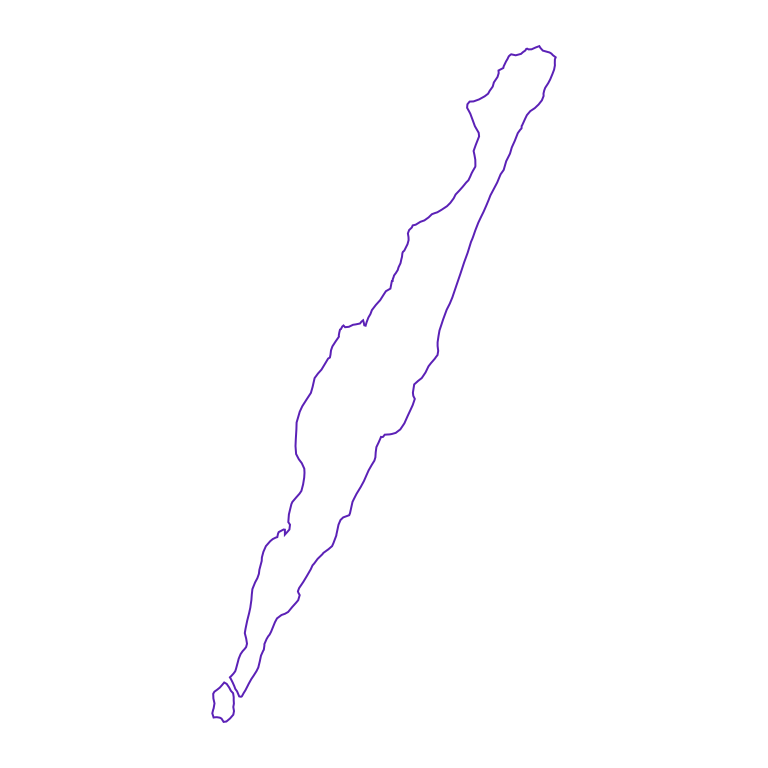 Sainte Marie, Analanjirofo, Madagascar
{"feature_id": "10022922B25342620887316", "entity_name": "Sainte Marie", "entity_type": "district", "adm_level": 2, "iso_a3": "MDG", "parent_name": "Madagascar", "parent_adm1": "Analanjirofo", "projection": "orthographic", "projection_center": [49.903, -16.911], "detail": "fine", "context": "isolated", "style": "outline", "palette": "violet", "viewbox_px": 768, "rotation_deg": 0, "n_neighbors": 0, "source": "geoboundaries", "source_scale": "gbopen_adm2", "svg_char_len": 4808}
<svg xmlns="http://www.w3.org/2000/svg" viewBox="0 0 768 768"><path d="M540.4,47.9L539.3,46.1L535.6,47.5L531.6,49.3L528.5,49.4L527.3,48.7L526.3,48.9L525.3,50.5L522.9,52.2L521.0,53.9L515.7,55.3L511.2,54.3L510.1,55.1L508.8,56.3L508.1,57.7L507.6,58.8L506.0,61.5L505.1,63.4L503.7,66.3L503.3,68.0L498.5,70.5L498.7,73.1L497.5,77.0L493.8,82.5L493.7,83.1L492.7,86.6L489.7,90.8L488.1,93.7L484.7,96.3L479.1,99.4L473.6,101.4L469.6,101.6L467.4,104.3L467.1,107.8L469.0,111.2L470.3,113.7L472.6,119.9L474.9,126.2L478.7,132.8L479.1,136.4L475.8,144.8L473.6,151.0L474.4,154.7L475.3,159.8L475.4,165.5L475.3,166.7L474.1,168.8L473.1,170.5L471.6,173.3L470.2,176.6L468.4,180.3L466.2,182.5L462.6,186.9L459.4,190.5L455.6,194.5L453.7,198.3L450.3,202.9L447.0,206.2L440.9,210.2L437.3,212.3L434.8,213.1L431.9,214.2L428.6,217.4L424.4,220.4L420.4,221.8L415.7,224.7L412.7,225.4L411.8,227.5L409.1,230.1L407.9,233.4L408.5,237.1L408.6,240.1L407.5,244.2L404.3,250.6L402.9,251.9L402.4,253.2L402.0,256.8L401.3,259.5L400.5,263.2L399.1,266.1L398.5,267.4L397.7,270.1L396.6,271.8L395.9,273.0L394.9,274.3L394.0,275.6L393.6,277.1L392.8,279.1L392.6,281.0L391.9,281.0L391.6,282.4L390.4,288.6L385.9,291.2L383.8,294.4L380.2,300.1L375.8,305.0L371.9,310.1L370.4,314.1L368.4,317.5L366.6,322.2L365.6,325.7L364.3,325.3L363.8,322.7L363.1,320.3L361.4,321.7L360.0,323.5L355.7,324.4L353.0,324.8L348.9,326.8L345.1,327.2L343.5,325.5L342.3,326.5L340.9,329.1L340.0,329.6L339.3,332.5L339.0,334.2L338.8,335.2L338.9,336.7L335.7,341.3L332.4,346.4L331.0,350.4L330.5,354.6L329.9,357.5L328.1,358.6L325.0,363.8L321.5,369.6L318.0,373.5L314.6,378.1L312.6,386.9L310.9,392.9L306.7,399.3L302.3,406.2L299.7,411.8L299.2,413.6L296.6,422.5L296.4,429.3L295.8,439.2L295.5,446.1L296.1,454.0L298.8,459.2L301.8,463.2L304.3,468.7L304.5,472.8L304.2,477.6L303.1,484.4L301.4,490.9L299.5,493.7L296.4,497.2L292.4,501.9L291.4,504.1L290.3,508.6L288.9,514.4L288.3,522.1L290.0,524.7L289.4,529.5L286.9,532.4L284.9,534.6L284.9,530.6L284.9,529.7L283.6,529.5L281.7,530.5L278.7,532.1L278.0,533.8L277.3,537.1L275.7,537.6L272.7,539.1L270.2,541.2L265.9,546.1L263.4,551.8L261.9,557.4L261.7,561.0L259.4,569.7L258.9,573.8L257.4,578.1L255.1,582.4L252.4,589.1L251.8,594.5L251.4,600.0L250.7,604.8L250.3,607.7L249.1,613.2L247.2,620.7L245.5,628.9L244.8,633.1L246.2,638.7L247.0,643.7L246.1,647.1L244.6,649.0L242.6,651.2L240.6,654.1L238.7,658.7L237.8,662.2L236.8,665.9L236.0,668.9L235.2,671.3L233.4,673.7L231.4,675.9L229.9,677.3L230.9,679.0L232.8,682.8L234.3,686.2L235.3,688.9L237.1,691.4L239.2,696.4L240.5,696.7L241.5,696.6L242.0,696.1L243.7,693.0L245.4,690.3L247.6,686.0L248.7,683.8L251.3,679.1L253.6,675.7L256.5,671.1L258.3,667.5L259.8,661.3L261.0,655.6L263.3,650.5L263.8,649.8L264.4,645.6L264.4,644.1L266.6,639.0L268.2,636.3L269.6,634.6L271.1,631.7L274.3,623.8L275.0,622.1L277.0,618.4L281.5,615.0L284.9,613.8L288.1,612.0L292.4,606.8L296.1,602.7L298.2,600.2L299.7,595.1L298.4,592.8L297.9,591.3L299.1,588.1L303.3,581.9L306.8,576.1L310.8,569.2L312.5,565.4L314.2,563.5L317.6,558.9L322.6,554.0L323.0,553.4L323.4,552.9L328.5,549.2L332.1,546.1L333.4,543.2L336.3,535.5L336.4,534.6L337.2,530.9L338.5,524.7L340.5,520.0L343.2,517.4L349.2,515.2L350.0,513.2L352.5,501.9L353.9,499.0L356.5,493.9L360.7,487.0L363.9,481.1L366.4,475.4L368.6,470.4L371.8,464.8L374.4,460.6L375.4,457.3L375.7,452.4L376.4,447.1L378.7,442.3L380.2,438.9L381.0,436.9L381.8,437.1L383.1,436.8L383.8,435.9L384.7,434.7L387.6,434.5L389.6,434.4L391.8,434.0L395.7,432.9L400.3,429.4L404.4,423.3L405.5,420.8L407.7,415.9L410.5,409.9L412.7,405.1L414.8,398.9L413.3,395.9L412.9,392.7L414.2,384.4L418.0,381.0L421.8,378.0L425.5,372.5L428.5,366.3L430.9,363.2L434.8,358.7L436.2,356.7L437.5,355.1L438.2,350.9L437.6,346.0L437.6,342.3L438.5,336.1L439.5,330.4L441.3,325.0L443.1,319.5L446.7,309.7L449.8,303.6L452.4,297.3L453.2,294.9L456.7,284.6L459.2,277.3L460.3,274.1L464.2,262.2L467.6,252.9L469.4,247.1L471.0,241.9L472.3,238.9L473.2,236.5L475.3,230.4L478.3,222.7L481.0,217.0L483.6,211.7L484.4,209.9L486.2,205.8L488.7,199.8L490.4,195.4L494.2,188.2L497.2,182.5L500.6,174.3L503.7,169.9L506.2,161.2L510.0,153.6L511.8,147.4L514.8,140.8L517.8,133.1L520.1,129.9L521.5,128.4L521.7,125.9L522.2,125.2L525.2,118.6L526.9,115.1L530.3,111.1L534.8,108.1L538.6,104.5L541.9,100.3L543.6,96.0L543.5,93.6L544.2,90.5L545.2,87.8L548.2,83.2L550.2,79.4L552.4,74.1L554.1,69.6L554.9,65.4L554.8,63.0L554.9,59.3L555.7,57.3L552.9,55.2L551.4,53.6L549.6,52.5L546.0,51.5L542.8,50.6L540.4,47.9ZM233.3,714.7L234.0,711.1L233.3,707.0L233.9,703.7L233.7,700.3L233.7,697.1L233.1,693.2L230.9,690.8L229.1,687.4L226.7,683.9L224.2,682.5L222.1,685.0L219.8,687.6L217.3,689.6L214.4,691.7L213.2,693.8L213.4,698.5L214.5,703.4L213.6,708.5L213.2,709.6L212.3,713.3L213.6,717.5L215.0,717.3L216.9,717.2L219.9,717.7L221.5,718.6L223.6,721.9L226.4,721.5L230.0,718.5L233.3,714.7Z" fill="none" stroke="#5b21b6" stroke-width="2"/></svg>